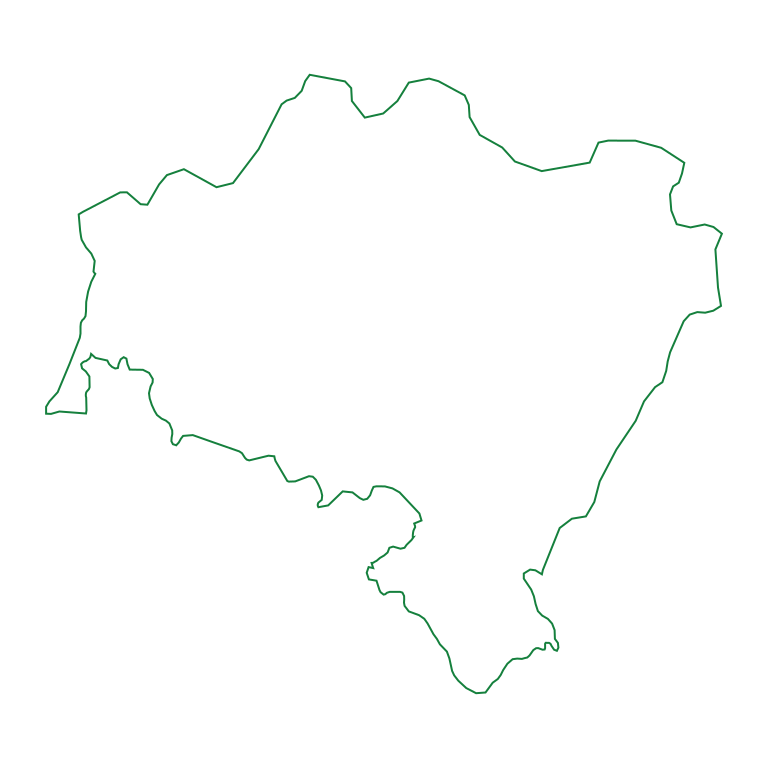 the border of Lower Silesian
{"feature_id": "POL-3141", "entity_name": "Lower Silesian", "entity_type": "Voivodeship", "adm_level": 1, "iso_a3": "POL", "parent_name": "Poland", "parent_adm1": "", "projection": "mercator", "projection_center": [16.102, 50.931], "detail": "fine", "context": "isolated", "style": "outline", "palette": "green", "viewbox_px": 768, "rotation_deg": 0, "n_neighbors": 0, "source": "natural_earth", "source_scale": "10m", "svg_char_len": 3570}
<svg xmlns="http://www.w3.org/2000/svg" viewBox="0 0 768 768"><path d="M115.2,368.5L112.0,366.9L109.2,364.2L107.3,360.5L95.5,357.9L91.1,353.9L90.4,356.9L89.3,358.6L86.0,361.1L84.7,361.3L83.3,362.0L82.2,362.9L81.1,364.2L82.1,368.4L85.8,371.4L89.4,376.5L89.6,387.3L88.9,389.1L86.6,391.7L86.0,393.0L85.8,395.0L85.9,396.4L86.2,397.5L86.5,410.3L86.0,413.5L59.4,411.5L51.0,413.9L46.1,413.7L46.1,406.8L49.4,401.4L57.7,392.2L69.4,364.2L79.8,337.8L80.5,333.6L80.5,326.5L80.9,322.8L82.2,320.3L84.0,318.6L85.5,316.1L86.0,311.3L86.2,302.0L88.1,291.6L91.3,281.7L95.3,273.8L94.3,272.8L93.5,271.6L94.7,260.9L91.3,253.6L86.0,247.4L81.7,239.8L81.1,237.2L80.1,230.5L80.1,230.2L78.7,214.4L83.0,211.8L120.2,192.4L126.9,192.3L140.6,204.2L147.4,204.7L159.1,184.4L166.9,175.1L183.9,169.2L216.5,187.2L233.0,183.1L258.7,149.1L281.6,104.3L286.6,100.6L294.8,97.9L301.7,90.8L305.2,81.1L309.7,74.8L345.0,81.4L351.2,88.1L351.9,101.0L364.8,117.6L383.2,113.5L397.4,101.0L408.8,82.6L429.1,78.6L438.5,81.2L464.7,95.4L468.8,104.9L469.6,117.1L479.7,134.9L502.2,147.5L514.9,161.5L541.7,171.1L589.7,162.6L598.5,142.6L608.2,140.6L635.5,140.7L661.2,147.8L684.3,162.8L682.0,173.5L678.8,182.7L673.1,186.4L670.0,194.4L671.3,210.5L676.7,224.2L690.5,227.4L704.7,224.5L713.5,227.0L721.9,233.7L715.4,249.4L718.0,287.5L721.0,305.9L713.3,310.7L705.2,312.7L697.3,312.1L689.7,314.6L683.7,321.2L670.1,352.3L667.7,361.4L666.2,370.9L662.4,382.2L655.1,387.1L644.0,401.4L635.7,420.8L616.4,449.5L599.7,481.4L594.3,502.0L585.9,516.4L571.9,518.7L559.7,528.0L542.9,569.9L541.9,574.3L535.4,570.3L530.1,569.6L523.8,573.5L523.8,578.6L531.2,589.6L533.9,596.3L535.6,604.0L537.9,611.1L542.2,615.6L547.9,618.9L552.1,623.6L554.6,630.1L554.9,638.9L557.9,642.9L558.4,647.7L556.9,650.8L554.1,649.7L551.6,646.0L550.5,643.8L549.1,642.9L545.7,642.8L545.1,643.8L545.1,648.2L544.6,649.5L542.5,649.7L538.2,648.1L536.1,648.2L533.3,650.1L529.5,655.5L527.3,657.5L524.7,658.1L521.9,658.9L517.2,658.6L512.6,659.2L507.4,663.7L503.2,670.0L500.7,675.0L497.8,679.0L492.7,682.7L485.5,692.5L476.1,693.2L466.3,688.1L458.3,680.7L454.2,675.4L452.1,670.9L449.4,658.5L446.9,651.6L439.9,644.3L436.9,638.9L433.5,634.3L427.6,623.5L424.3,618.8L419.1,615.2L408.8,611.4L404.6,605.9L404.0,602.7L404.2,599.4L404.1,596.0L402.4,592.6L400.2,591.9L389.6,591.9L386.9,592.8L385.3,594.2L383.6,594.6L380.6,592.2L379.5,590.1L376.5,580.7L368.9,579.4L366.7,572.8L368.6,567.1L373.2,568.1L372.8,567.0L371.6,562.9L373.1,562.8L375.2,561.5L376.5,560.9L380.0,557.9L384.1,555.5L387.6,552.5L389.4,547.8L393.1,546.6L400.5,548.7L404.5,547.8L406.7,544.7L411.5,540.0L413.5,537.2L412.8,537.4L412.8,535.2L413.1,532.4L413.5,530.6L414.5,528.4L415.1,527.4L415.1,526.2L414.2,523.5L421.5,520.5L419.4,513.5L399.6,492.4L392.5,488.4L384.9,486.4L376.5,486.3L373.5,486.9L371.8,490.6L370.1,495.3L367.2,498.8L363.3,499.8L359.8,498.1L352.5,492.4L342.7,491.4L328.2,505.4L318.4,507.2L317.9,506.2L317.7,505.0L317.9,503.8L318.4,502.6L321.7,499.9L322.2,495.5L321.0,490.5L318.9,485.5L315.9,479.8L312.8,476.7L309.0,476.2L295.2,481.4L288.8,481.6L287.3,481.0L275.5,461.0L274.8,458.8L274.3,456.3L268.5,455.7L249.2,460.4L246.7,459.6L245.0,457.9L242.0,453.2L239.3,451.4L211.5,441.7L192.8,435.1L183.1,435.9L181.0,438.6L178.8,442.5L176.2,445.3L175.8,445.1L172.9,444.2L171.4,441.2L171.6,437.7L172.3,434.0L172.2,430.4L169.4,423.5L165.9,420.6L161.7,418.7L157.0,415.0L154.6,411.0L151.8,404.9L149.7,398.4L149.0,393.2L150.6,386.4L152.6,382.5L152.8,379.0L149.1,372.9L142.9,369.8L129.7,369.6L127.5,364.2L126.4,358.6L123.7,357.2L120.7,359.3L118.6,364.2L117.9,368.0L115.2,368.5Z" fill="none" stroke="#15803d" stroke-width="2"/></svg>